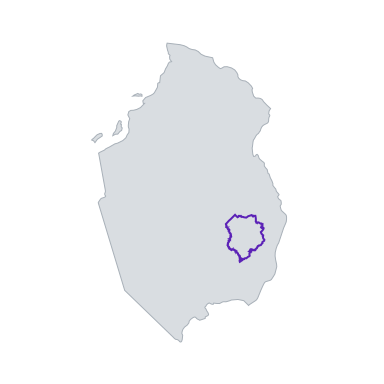 Mlele, Katavi, United Republic of Tanzania shown in context, rotated 224°
{"feature_id": "72390352B12905062635487", "entity_name": "Mlele", "entity_type": "district", "adm_level": 2, "iso_a3": "TZA", "parent_name": "United Republic of Tanzania", "parent_adm1": "Katavi", "projection": "mercator", "projection_center": [31.658, -6.61], "detail": "fine", "context": "in_parent", "style": "outline", "palette": "violet", "viewbox_px": 384, "rotation_deg": 224, "n_neighbors": 0, "source": "geoboundaries", "source_scale": "gbopen_adm2", "svg_char_len": 8765}
<svg xmlns="http://www.w3.org/2000/svg" viewBox="0 0 384 384"><g transform="rotate(224 192 192)"><path d="M149.0,258.5L145.5,256.6L142.2,255.5L139.6,254.2L138.4,252.9L135.9,252.5L133.8,252.3L131.8,251.1L127.7,250.7L127.3,249.9L127.2,248.2L126.5,247.8L125.0,247.3L123.4,247.4L122.5,247.6L121.9,247.5L120.6,246.5L119.3,245.2L118.9,243.2L117.0,241.9L114.9,240.8L108.9,240.9L107.9,240.6L106.5,239.6L104.9,237.9L103.5,236.0L102.4,233.3L101.1,229.8L94.3,215.6L93.6,212.9L92.3,210.0L90.1,206.3L87.8,203.7L84.6,201.2L81.0,198.8L79.1,197.1L75.4,190.5L74.7,187.4L74.1,184.1L74.4,182.8L76.7,178.7L76.9,177.5L76.6,176.0L75.5,172.7L74.0,168.6L71.1,161.4L70.7,159.5L70.8,158.1L72.5,150.7L72.4,149.7L79.3,149.8L84.3,146.6L88.6,141.7L89.5,139.7L91.3,136.6L93.0,135.1L93.7,134.0L94.7,130.9L97.0,128.8L99.2,127.2L98.7,126.1L99.1,125.6L100.3,124.8L102.6,124.1L103.1,122.4L103.1,120.6L102.7,119.6L102.8,118.4L102.4,117.7L100.9,117.6L98.6,116.7L96.7,116.3L95.4,115.7L94.9,115.3L94.7,114.2L95.7,111.4L94.7,110.2L97.1,105.6L97.5,105.0L98.4,104.9L99.7,104.4L101.0,104.2L102.0,104.4L102.8,104.2L103.5,103.6L104.1,102.0L104.5,99.4L104.3,97.2L103.3,95.6L103.0,93.0L103.5,89.6L103.1,86.7L102.0,84.5L100.9,83.1L99.2,82.5L96.5,79.0L95.7,77.3L95.8,76.3L96.8,75.8L98.5,76.0L100.1,75.6L101.6,74.6L103.1,74.4L103.8,74.5L172.1,74.5L251.9,119.1L252.2,119.6L252.9,123.4L252.7,124.7L251.5,126.9L251.1,128.1L251.1,128.9L251.4,129.2L252.5,129.3L253.4,129.9L253.7,130.3L254.4,131.9L255.2,132.8L285.6,154.7L286.2,155.0L285.8,156.8L284.1,161.3L284.0,163.2L283.3,165.3L282.7,166.8L280.9,173.1L279.5,175.4L277.5,180.9L277.2,185.1L278.3,188.1L278.7,190.9L281.0,193.6L282.9,194.5L284.2,195.8L286.4,198.6L287.7,201.5L291.7,202.9L293.3,206.0L292.7,208.2L290.9,210.1L289.1,213.0L287.7,216.9L287.7,222.8L288.6,221.9L290.7,223.4L291.0,227.7L288.8,232.8L288.1,235.2L288.0,237.2L289.6,243.3L292.1,246.4L291.9,247.4L291.2,248.2L295.4,253.7L295.0,258.5L296.6,262.3L297.3,265.5L298.3,268.0L298.5,269.7L297.2,271.6L300.2,272.1L302.0,273.6L302.8,275.1L305.0,275.0L306.2,276.1L307.9,276.9L311.7,279.4L312.7,280.7L313.3,281.8L302.9,289.7L299.2,291.8L296.5,292.7L293.7,293.2L291.0,294.5L288.4,296.4L285.1,297.4L281.1,297.4L277.0,298.8L270.4,302.9L266.5,300.6L263.5,299.9L260.0,300.0L257.9,300.3L257.1,300.7L256.5,302.1L255.9,304.4L253.7,306.6L249.7,308.7L246.0,309.5L242.6,309.0L240.3,308.1L239.2,306.9L237.4,306.3L235.1,306.4L232.9,307.3L230.8,308.9L227.4,309.6L222.8,309.4L220.3,308.6L219.9,307.3L217.9,305.7L214.2,303.8L211.4,303.8L209.7,305.5L208.1,306.6L206.6,307.1L205.3,307.2L203.4,306.7L198.3,306.5L193.4,306.6L192.9,304.0L191.9,302.5L191.1,301.5L189.4,301.3L188.9,300.6L188.4,299.0L187.5,297.7L186.4,296.5L185.8,295.5L185.6,294.6L185.7,293.5L186.7,290.9L187.1,289.1L187.0,287.3L186.4,285.4L185.3,283.2L185.4,282.6L185.0,281.0L184.9,280.0L185.2,278.6L185.0,276.9L184.0,273.2L184.0,272.2L182.9,270.4L179.7,266.2L179.5,265.6L174.5,261.4L172.4,260.4L171.7,261.2L171.4,262.0L171.7,263.3L171.5,264.0L171.3,264.3L170.1,264.3L169.4,264.1L167.5,263.0L166.0,262.7L162.3,262.9L161.0,263.2L159.9,262.9L158.0,260.9L155.7,260.5L153.6,260.4L150.2,258.2L149.0,258.5ZM292.2,187.4L293.9,192.1L293.7,193.0L292.5,193.5L291.9,193.5L291.2,192.8L290.6,191.2L289.8,191.6L288.2,189.7L286.7,189.6L285.4,187.4L285.9,185.4L285.6,182.1L287.2,180.4L288.1,177.5L289.2,179.5L289.4,182.5L290.9,186.1L292.2,187.4ZM300.3,159.7L300.4,160.8L300.1,161.8L300.1,165.1L300.0,167.3L298.8,170.3L297.7,171.4L296.8,171.1L296.1,170.6L295.5,169.8L296.7,164.2L296.1,160.1L298.4,160.5L300.3,159.7ZM296.9,227.0L295.7,227.3L295.3,227.0L294.5,226.1L295.8,225.3L297.0,223.8L299.9,221.5L301.2,219.8L301.0,221.5L299.4,225.3L298.0,225.5L296.9,227.0Z" fill="#d9dde1" stroke="#a8b0b8" stroke-width="1"/><path d="M126.8,178.0L126.5,177.9L126.5,177.7L126.3,177.7L126.2,177.8L125.9,177.7L125.4,177.7L125.3,177.4L125.1,177.5L125.2,177.3L124.6,177.4L124.7,177.5L124.4,177.5L124.4,177.4L124.3,177.6L124.1,177.6L124.1,177.9L123.9,178.1L123.5,178.4L123.4,178.4L123.2,178.3L123.2,178.6L122.9,178.8L122.9,179.0L122.8,178.9L122.7,178.8L122.4,179.0L122.5,179.1L122.4,179.4L122.2,179.5L121.8,179.7L121.6,179.8L121.2,179.7L120.8,180.0L120.6,180.0L120.5,179.8L120.6,179.7L120.3,179.7L120.2,179.7L120.1,179.8L119.9,180.0L119.8,179.9L119.7,179.6L119.5,179.4L119.4,179.5L119.2,179.3L119.0,179.5L118.8,179.4L118.6,179.5L118.5,179.8L118.4,179.7L118.4,179.8L118.1,179.6L117.9,179.6L117.8,179.8L118.0,179.9L117.9,179.9L117.6,179.8L117.3,179.7L116.3,179.8L115.5,179.1L115.3,179.0L115.0,179.2L114.0,178.8L113.7,179.3L113.4,179.3L112.7,178.9L112.5,178.1L112.4,178.0L112.2,178.2L111.9,178.2L111.6,177.9L111.3,178.0L110.9,178.4L110.7,178.4L110.4,178.5L110.4,178.3L110.7,178.0L110.7,177.6L110.6,177.3L110.3,177.1L110.3,176.9L110.6,176.7L110.2,176.4L110.3,175.9L110.2,175.8L109.8,175.7L109.5,175.2L109.1,175.0L108.9,175.7L109.0,175.9L109.0,176.4L108.9,176.5L109.0,176.7L108.7,177.2L108.8,177.5L108.5,177.8L108.4,177.9L108.4,178.0L108.7,178.5L108.7,178.9L108.5,179.3L108.4,179.3L108.2,179.5L107.9,179.9L108.2,180.3L108.2,180.6L107.8,180.9L107.7,181.3L107.4,181.7L106.9,182.0L106.8,182.8L106.8,183.3L106.7,183.5L106.7,184.2L106.4,185.1L106.2,185.4L106.1,185.8L106.2,186.1L106.4,186.4L107.7,187.3L108.0,187.8L108.2,188.0L108.4,188.4L108.2,188.9L108.4,189.3L107.9,189.5L108.1,190.1L108.0,190.3L108.3,190.5L108.7,190.1L109.0,190.2L109.4,189.8L109.6,189.6L109.6,189.9L109.8,190.2L110.1,191.2L110.0,191.3L109.5,191.5L109.7,192.0L108.6,192.6L108.3,192.2L108.2,192.2L107.9,192.4L107.7,192.7L107.4,192.7L107.3,192.8L107.2,193.0L106.9,193.5L106.7,193.6L106.2,193.7L106.1,194.3L106.3,194.5L106.4,194.8L106.6,194.9L106.4,195.6L106.5,195.9L106.4,196.1L106.3,196.4L106.5,196.7L106.4,197.0L106.5,197.2L106.6,197.3L106.6,197.6L106.6,197.8L106.9,198.0L107.0,198.2L107.0,198.4L107.1,198.7L106.9,199.1L106.7,199.4L106.8,199.5L106.6,199.9L106.7,200.1L106.3,200.6L105.6,201.6L105.7,202.5L105.8,202.7L105.9,203.2L105.8,203.6L105.8,204.1L106.1,204.2L106.6,204.8L106.5,205.5L106.2,207.1L106.9,208.0L107.3,208.0L108.2,208.0L108.9,208.3L109.8,209.0L110.4,209.3L110.3,209.8L110.7,210.3L111.1,210.2L111.3,210.2L112.3,210.3L112.5,210.2L112.9,210.2L113.2,210.3L113.4,210.5L113.9,210.6L114.2,210.9L114.5,210.9L114.7,211.0L114.6,212.7L114.6,213.2L114.9,214.9L115.1,215.4L115.4,215.8L116.6,215.8L116.6,214.8L116.7,214.6L117.2,214.6L117.6,214.5L117.7,215.0L117.8,215.3L118.0,215.4L117.8,215.6L117.8,216.1L117.9,216.7L118.3,217.1L118.6,217.1L118.7,217.5L119.0,218.0L119.3,218.2L119.6,218.2L119.6,218.3L119.7,218.0L119.6,217.7L120.0,217.6L120.0,217.4L120.5,216.9L120.8,216.8L121.4,216.8L122.3,216.5L122.8,216.5L123.1,216.3L123.1,216.1L123.5,215.6L123.7,215.3L123.9,215.2L124.1,215.2L124.3,215.2L124.2,215.3L124.5,215.4L124.4,215.3L124.5,215.3L124.5,215.1L124.5,214.9L124.5,214.7L125.3,215.0L126.0,215.5L126.3,215.9L126.6,216.2L127.6,217.2L129.0,218.3L129.9,218.9L130.2,218.6L130.3,218.3L130.7,218.0L130.8,217.9L130.9,217.5L130.9,216.9L131.1,216.7L131.3,216.7L131.4,216.8L131.5,217.2L131.7,217.3L132.2,216.8L132.8,216.9L133.1,216.8L133.2,216.5L133.3,216.3L133.4,216.1L133.6,215.9L133.6,215.7L134.2,214.7L134.8,213.5L135.1,211.4L135.5,211.0L135.9,210.8L136.1,210.6L137.0,209.9L137.7,209.7L138.9,208.8L139.1,208.7L139.4,208.8L139.7,208.8L139.6,208.4L139.8,208.4L140.1,208.3L140.4,208.2L140.6,208.0L140.9,208.1L141.1,207.8L141.7,207.5L141.8,207.3L141.8,207.1L141.5,206.2L141.7,205.5L143.8,205.4L145.2,205.5L145.3,200.2L145.3,199.7L145.4,198.1L145.5,197.1L145.4,194.5L145.4,192.5L145.0,192.2L144.9,192.3L144.7,192.1L144.4,192.1L144.1,192.0L143.9,191.7L143.4,191.5L143.3,191.0L143.1,191.0L143.0,190.8L142.9,190.9L142.4,190.8L142.1,190.8L141.9,191.0L141.9,190.9L141.7,190.8L141.5,190.6L141.4,190.6L141.2,190.5L140.9,190.4L140.1,190.5L139.9,190.2L139.7,190.3L139.7,190.2L139.4,190.2L139.4,190.4L139.1,190.2L138.8,190.3L138.8,190.2L138.6,190.2L138.5,189.9L138.4,190.0L137.9,189.6L137.8,189.3L137.1,189.0L136.9,189.0L136.9,188.8L136.8,188.7L136.4,188.6L136.1,188.7L135.9,188.7L135.6,188.6L135.6,188.8L135.3,188.9L135.1,188.6L134.9,188.5L134.8,188.4L134.7,188.4L134.4,188.3L134.4,188.1L134.2,187.9L133.8,187.9L133.6,187.7L133.4,187.5L133.5,187.4L133.3,187.3L133.4,187.1L133.2,187.1L133.1,186.8L132.9,186.8L133.0,186.4L133.0,186.2L132.8,186.0L132.6,185.9L132.7,185.4L132.7,185.1L132.5,184.8L132.4,184.9L132.2,184.5L132.0,184.4L132.2,184.2L131.9,184.2L131.9,183.7L131.7,183.6L131.4,183.5L131.5,183.4L131.6,183.2L131.4,182.9L131.5,182.6L131.3,182.6L131.2,182.5L131.1,182.3L131.0,182.0L130.8,181.8L130.8,181.7L131.0,181.7L130.8,181.5L130.8,181.2L130.8,180.8L130.9,180.7L130.8,180.4L130.6,180.0L130.4,179.8L130.2,179.9L129.9,179.7L129.7,179.1L129.7,178.9L129.6,178.5L129.5,178.4L129.2,178.4L128.9,178.3L128.5,178.2L128.3,178.0L128.1,178.2L127.8,178.1L127.6,178.0L127.4,178.1L127.1,177.8L126.8,178.0Z" fill="none" stroke="#5b21b6" stroke-width="2"/></g></svg>